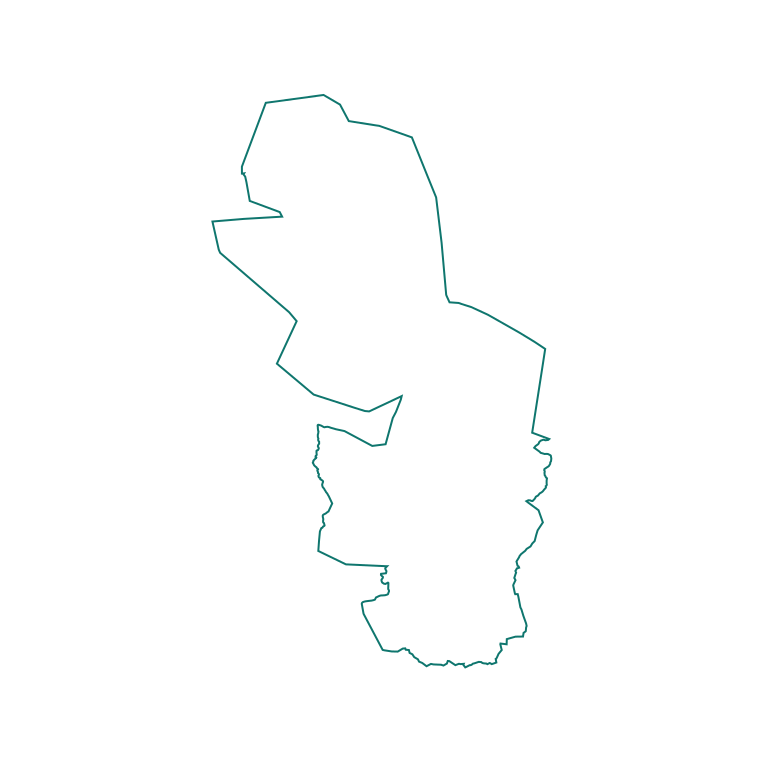 the district of Tlalixtaquilla de Maldonado, Guerrero, Mexico, rotated 36°
{"feature_id": "50627088B67184194855062", "entity_name": "Tlalixtaquilla de Maldonado", "entity_type": "district", "adm_level": 2, "iso_a3": "MEX", "parent_name": "Mexico", "parent_adm1": "Guerrero", "projection": "orthographic", "projection_center": [-98.386, 17.568], "detail": "fine", "context": "isolated", "style": "outline", "palette": "teal", "viewbox_px": 768, "rotation_deg": 36, "n_neighbors": 0, "source": "geoboundaries", "source_scale": "gbopen_adm2", "svg_char_len": 5937}
<svg xmlns="http://www.w3.org/2000/svg" viewBox="0 0 768 768"><g transform="rotate(36 384 384)"><path d="M171.3,372.4L172.8,373.3L174.4,374.2L265.1,381.7L276.4,384.5L285.4,430.5L333.3,433.9L373.4,420.8L384.4,417.1L388.1,414.9L405.4,383.4L406.8,386.8L410.1,399.6L411.1,406.4L420.7,431.8L410.9,441.0L379.7,445.3L371.6,448.9L370.1,449.4L366.9,450.6L364.8,451.2L363.5,451.8L362.0,453.1L361.4,453.9L360.8,454.2L359.4,454.4L357.6,454.6L355.1,455.4L354.6,455.9L354.6,456.4L355.0,456.9L355.3,457.3L355.7,457.6L356.2,458.3L357.1,459.4L357.8,460.1L358.4,460.7L358.8,460.8L359.1,461.4L359.6,462.2L359.9,462.9L360.2,463.8L360.6,464.4L361.1,465.1L361.8,465.9L362.3,466.3L363.0,466.7L363.2,467.3L363.5,467.8L364.0,468.3L364.5,468.6L365.4,468.8L366.0,469.6L366.6,470.4L366.6,470.9L366.6,471.4L366.7,472.5L367.0,473.1L367.5,473.6L368.0,473.7L368.6,474.0L369.0,474.3L369.3,475.1L369.3,475.4L369.4,476.3L369.2,476.7L369.0,476.9L368.7,477.3L368.7,477.8L369.1,478.3L369.3,478.7L370.0,479.5L370.4,480.0L370.9,480.5L371.2,480.9L371.2,481.5L371.1,481.8L371.0,482.1L371.1,482.6L371.3,482.9L371.5,483.3L372.0,483.3L372.3,483.2L372.5,483.3L372.5,483.6L372.6,483.9L372.4,484.2L372.4,484.7L372.1,485.9L372.0,487.0L372.0,487.6L372.1,488.0L372.3,488.1L372.5,488.4L372.6,488.8L372.6,489.4L372.7,489.6L372.9,489.7L373.7,490.0L374.6,490.5L375.2,490.8L376.2,491.0L377.2,491.1L378.3,491.1L378.7,491.3L379.1,491.5L379.5,491.5L380.5,491.6L380.8,491.7L380.9,491.9L380.9,492.2L380.8,492.5L380.7,492.9L380.9,493.1L381.3,493.5L381.8,493.7L382.1,493.9L382.5,494.1L382.7,494.5L382.8,494.7L383.1,494.9L384.0,495.0L384.4,495.3L384.7,495.7L384.9,496.4L384.9,496.8L385.2,497.1L385.5,497.4L386.1,497.7L386.6,497.8L387.0,497.7L387.3,497.6L387.7,497.6L387.9,497.7L388.1,498.0L388.3,498.4L388.6,498.5L388.9,498.5L389.2,498.4L389.7,498.3L390.1,498.4L390.8,498.3L391.4,498.4L391.8,498.5L392.0,498.7L392.3,499.2L392.4,499.8L392.6,500.3L393.0,501.6L393.8,502.5L395.0,503.4L397.1,503.9L398.2,504.5L399.4,504.9L400.6,505.5L401.8,505.8L402.6,506.0L403.5,506.5L405.4,507.3L412.3,511.1L412.9,514.2L414.0,519.8L413.9,519.9L413.6,520.7L413.3,521.6L413.2,522.3L412.8,523.3L411.9,525.0L411.7,525.6L411.7,526.0L411.8,526.4L412.0,526.8L412.3,527.1L412.7,527.6L414.0,528.7L414.5,529.3L414.9,530.1L415.4,530.8L415.9,531.5L416.5,531.8L416.9,531.8L417.2,531.8L417.4,532.0L417.8,532.3L418.5,532.9L418.9,533.2L419.1,533.5L419.0,534.1L418.7,534.7L418.5,535.0L418.5,535.3L418.6,536.1L418.6,536.6L418.1,537.1L418.0,537.4L418.8,540.9L423.7,549.2L429.0,557.7L459.2,552.3L492.9,530.1L493.6,529.6L493.4,531.0L493.3,531.9L493.3,532.3L493.5,532.6L493.9,532.8L494.3,533.2L494.8,533.4L495.6,533.7L496.1,534.2L496.3,534.5L496.8,536.0L493.2,539.3L493.7,540.2L494.1,540.4L495.2,540.6L495.9,540.6L496.5,540.7L496.8,541.1L497.0,541.7L497.0,543.2L497.0,543.8L497.3,544.2L497.6,544.6L498.0,544.9L498.9,545.5L499.5,545.7L500.4,545.6L501.3,545.6L502.1,545.2L502.6,545.0L503.5,543.3L503.7,542.8L503.9,542.4L504.2,542.3L504.5,542.4L504.8,542.8L507.7,547.1L508.2,547.6L508.8,547.8L509.3,548.1L509.6,548.4L510.0,549.0L510.2,550.1L510.7,551.4L510.7,551.8L510.6,552.1L510.0,553.0L508.9,554.4L508.0,555.1L507.3,555.7L506.4,556.4L505.4,557.3L504.6,558.5L504.3,559.0L503.7,560.2L503.0,561.4L503.4,563.7L503.0,564.4L502.5,565.1L501.2,566.6L499.1,568.5L497.0,570.5L495.9,571.7L495.0,573.1L494.9,573.9L495.0,574.5L495.3,575.0L502.2,581.6L502.7,582.0L539.2,599.9L540.9,599.2L547.5,595.8L552.4,592.4L554.7,587.0L556.6,585.4L557.8,586.2L560.5,584.6L562.8,586.5L565.8,586.0L569.0,587.2L573.3,586.8L575.5,588.0L578.9,587.2L583.7,587.3L584.3,587.3L586.5,582.9L589.0,581.7L595.3,577.5L595.5,577.5L597.6,576.8L599.2,573.2L598.4,570.6L599.7,569.8L607.0,569.5L609.1,566.3L610.6,565.6L613.0,563.5L613.3,564.6L614.0,564.8L616.3,565.5L616.9,564.5L618.6,561.1L619.1,560.8L619.9,559.7L620.3,558.0L621.2,557.0L624.0,553.1L626.2,551.8L627.6,551.9L629.0,551.3L631.1,550.0L632.3,549.9L633.5,547.6L634.4,547.4L635.8,547.3L637.1,545.5L638.6,543.3L636.0,540.8L636.3,540.3L636.0,538.3L635.3,535.0L635.6,530.0L633.9,528.6L631.1,526.2L630.8,525.5L636.2,522.5L633.3,518.2L638.9,511.1L644.9,506.6L643.2,503.3L644.0,500.8L643.5,499.8L642.1,497.5L641.6,495.9L639.7,494.2L633.1,489.7L627.7,485.6L625.7,484.6L617.6,477.0L615.7,475.4L613.7,476.9L612.9,476.4L607.0,471.1L606.6,470.2L605.7,465.4L603.4,464.3L602.0,460.0L601.8,459.0L600.6,458.3L600.2,458.0L600.1,456.4L599.9,455.1L601.3,453.2L600.2,452.5L598.8,452.5L595.5,449.7L595.1,444.7L594.8,443.6L594.9,441.0L596.3,435.9L596.3,433.6L598.0,429.3L597.7,425.9L598.2,422.5L595.9,416.7L594.3,412.1L593.9,402.6L593.0,402.0L583.2,395.3L570.6,395.2L568.1,395.1L569.1,393.2L570.7,392.2L571.9,392.0L573.0,391.3L573.2,389.8L573.4,388.5L573.3,387.0L573.1,386.0L573.6,384.8L574.1,383.9L574.2,382.5L574.3,380.9L575.0,379.4L575.5,377.9L575.6,376.8L575.6,375.8L575.7,374.4L575.9,373.5L575.8,372.5L575.0,371.7L574.9,371.6L575.1,370.9L575.0,369.9L574.2,369.1L573.6,368.3L572.8,367.2L572.2,366.3L571.3,364.5L569.9,364.4L568.8,363.7L567.7,363.4L566.0,361.5L565.7,360.6L565.0,359.9L564.2,359.5L563.8,358.4L564.3,357.1L564.9,355.4L565.3,354.5L565.6,353.4L565.4,351.0L564.9,350.1L564.6,349.7L564.5,348.3L564.0,347.4L563.2,346.0L562.3,345.1L561.0,343.9L559.9,343.9L557.7,344.3L556.3,345.2L555.1,346.2L553.1,346.9L551.2,347.6L549.6,347.3L543.0,347.3L543.0,347.0L543.1,345.0L543.4,344.2L544.1,342.0L544.1,341.1L543.7,339.8L544.1,337.7L545.1,336.2L545.8,335.3L547.6,334.7L548.9,333.5L549.7,332.7L550.0,331.4L532.5,336.3L502.3,277.4L493.8,260.9L481.3,261.4L462.8,262.9L462.4,263.0L462.0,263.0L427.4,266.9L425.3,267.3L409.3,270.5L399.1,273.9L398.8,273.9L396.7,274.6L389.0,279.4L382.8,275.9L382.7,275.8L381.9,275.3L347.5,235.8L316.5,202.4L297.7,190.7L261.6,168.1L228.3,178.0L225.5,179.5L201.0,192.0L184.2,183.8L165.2,185.7L123.1,226.0L141.3,291.7L145.4,297.3L145.8,297.0L147.0,295.8L147.1,297.0L149.8,297.8L154.1,301.6L167.8,314.8L198.6,306.2L203.2,308.5L173.7,332.7L149.7,353.4L171.3,372.4Z" fill="none" stroke="#0f766e" stroke-width="2"/></g></svg>